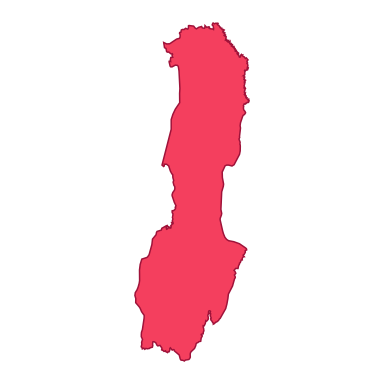 the district of Batheay, Kâmpóng Cham, Cambodia
{"feature_id": "14789045B52363017269131", "entity_name": "Batheay", "entity_type": "district", "adm_level": 2, "iso_a3": "KHM", "parent_name": "Cambodia", "parent_adm1": "Kâmpóng Cham", "projection": "equal_earth", "projection_center": [104.945, 12.037], "detail": "fine", "context": "isolated", "style": "filled", "palette": "rose", "viewbox_px": 384, "rotation_deg": 0, "n_neighbors": 0, "source": "geoboundaries", "source_scale": "gbopen_adm2", "svg_char_len": 5916}
<svg xmlns="http://www.w3.org/2000/svg" viewBox="0 0 384 384"><path d="M248.0,59.9L246.3,57.9L245.4,58.5L244.3,56.9L243.1,56.5L242.6,55.5L242.7,54.9L241.9,55.1L241.4,54.4L240.6,55.3L240.7,56.3L240.1,57.1L239.4,57.1L238.4,54.3L237.8,54.6L237.1,53.7L237.1,53.2L238.3,52.9L237.3,52.1L236.6,51.1L235.8,51.4L235.2,51.0L236.0,50.1L235.0,49.6L235.1,48.7L234.4,48.8L234.0,48.1L234.3,47.3L233.8,46.3L233.4,46.4L233.1,47.1L231.4,46.0L231.9,45.3L232.1,45.6L232.4,44.6L231.8,44.5L231.4,45.0L231.2,44.5L231.6,44.1L231.3,43.7L230.8,44.4L230.5,44.3L230.0,43.2L230.0,42.0L229.5,42.8L229.0,41.3L228.7,42.1L227.9,42.0L227.7,41.6L228.0,40.6L226.6,40.9L226.5,40.6L226.9,39.8L226.7,39.5L225.5,40.0L226.2,36.8L225.5,36.4L225.5,35.0L225.0,35.0L224.5,35.7L224.1,35.4L224.8,34.6L224.9,34.1L224.3,33.7L224.7,32.8L223.5,32.7L223.6,31.4L222.9,31.6L223.1,31.0L224.2,30.0L223.5,29.5L222.2,29.6L221.9,28.4L221.3,28.6L220.6,27.4L220.2,27.6L218.9,25.5L217.4,24.6L218.1,23.4L217.8,23.2L215.4,23.3L214.3,23.8L213.1,23.0L212.7,23.6L212.2,24.6L212.3,25.2L213.1,25.7L213.6,28.4L213.5,29.5L212.4,28.9L210.9,28.9L209.9,28.3L209.5,28.5L209.1,28.1L209.3,27.0L208.9,26.8L206.6,27.3L205.0,25.6L204.8,27.9L204.4,28.3L202.3,27.9L201.6,26.5L198.7,27.3L196.5,28.8L195.4,28.3L193.6,26.1L189.0,25.5L188.5,25.7L188.4,27.9L188.0,28.9L187.5,29.1L185.6,28.3L184.1,29.5L182.3,29.5L181.3,30.0L180.9,32.2L179.7,32.5L179.5,33.3L180.0,34.3L180.2,35.8L180.0,37.3L179.5,38.3L176.6,39.1L169.6,43.8L166.6,43.9L163.7,42.5L164.5,47.7L166.0,48.5L166.6,51.6L167.3,52.1L168.8,52.1L170.9,53.8L171.5,54.0L172.2,53.7L172.6,54.3L172.1,55.6L172.7,57.3L170.8,57.5L170.4,59.4L170.6,61.5L169.7,61.1L169.2,61.2L169.1,61.8L170.1,66.1L170.6,66.8L172.0,66.9L175.4,65.1L177.5,65.4L178.3,66.5L179.0,70.8L179.9,88.6L179.6,93.3L179.7,102.7L175.3,109.2L172.9,114.3L171.2,119.6L171.2,129.3L162.0,165.1L163.6,166.5L164.3,165.9L164.2,164.2L166.7,164.3L168.7,165.9L170.4,171.1L171.9,173.9L172.7,174.6L172.9,177.7L173.7,180.5L173.1,182.1L173.9,185.3L174.7,186.5L174.9,188.2L174.5,190.1L172.8,192.5L172.1,194.6L172.1,195.7L174.3,202.3L176.0,205.8L175.2,207.3L175.7,207.9L174.9,209.5L173.4,210.7L172.2,210.7L172.1,211.2L172.2,212.7L172.9,213.7L172.9,215.0L172.4,217.6L172.8,218.5L172.8,219.5L172.4,220.3L172.3,222.0L172.8,222.1L172.8,222.8L173.1,223.0L173.1,223.4L171.8,223.0L172.3,224.1L170.8,225.7L170.8,226.0L171.1,226.2L170.9,227.9L170.1,228.2L169.8,228.0L170.0,227.6L168.6,226.7L168.1,227.2L168.4,227.5L168.2,228.0L167.6,228.8L166.6,229.2L166.1,227.1L167.4,226.3L167.3,225.5L166.4,225.7L161.8,228.3L161.3,230.1L157.1,231.4L156.5,232.4L156.1,234.7L152.5,239.1L151.9,244.5L149.1,254.7L147.6,256.9L146.8,257.5L141.8,259.1L140.2,264.4L139.5,270.0L139.6,280.6L139.2,283.3L138.1,287.2L137.0,289.9L135.3,292.6L134.9,295.5L135.8,298.6L135.7,302.7L139.2,306.8L140.1,308.2L141.6,311.7L144.2,315.4L144.1,318.1L142.4,329.6L141.5,332.2L141.3,334.5L141.3,336.7L142.5,339.3L141.6,342.4L141.8,344.3L141.2,346.8L142.0,347.6L142.3,348.9L143.8,348.2L144.8,349.3L145.9,348.4L147.3,348.8L149.6,348.4L150.1,347.8L152.4,347.2L152.8,345.4L152.6,344.3L152.8,342.2L153.0,341.7L154.3,341.8L155.8,342.8L156.9,345.1L157.8,345.9L160.0,345.4L161.8,347.9L161.9,348.9L161.6,349.8L162.0,350.1L162.3,349.8L164.0,351.4L165.4,350.9L165.3,351.4L167.6,352.6L168.3,351.6L169.0,351.8L169.4,351.2L169.8,350.0L169.8,348.4L170.4,347.8L172.2,350.1L173.3,349.6L174.0,349.7L174.4,350.9L179.2,355.0L180.3,359.1L181.0,360.1L182.8,360.3L184.4,361.0L185.3,360.1L188.8,359.5L189.6,358.7L190.3,357.2L190.2,354.1L190.4,353.0L191.1,351.7L194.5,348.5L195.7,345.8L196.1,343.8L196.9,342.9L197.9,342.6L198.8,341.7L200.7,341.3L201.2,338.0L202.2,336.2L202.2,335.7L201.2,334.8L201.3,334.3L203.2,333.8L203.3,332.2L203.9,330.8L203.6,328.3L203.2,327.2L203.2,325.7L204.1,325.9L204.4,325.6L204.6,324.6L205.2,323.9L205.8,321.0L206.1,321.4L207.0,320.8L208.2,319.3L208.3,317.6L207.8,315.2L208.4,314.1L208.6,311.3L208.9,310.9L209.6,310.7L210.5,311.3L209.9,313.4L210.6,313.6L210.5,315.0L210.2,315.0L210.3,316.0L211.2,318.0L210.6,318.7L211.1,320.3L211.7,320.8L212.9,322.9L213.5,323.2L213.4,324.1L214.4,323.6L215.8,322.1L216.6,322.0L218.5,320.5L219.5,318.8L220.1,318.5L225.7,308.6L226.9,304.0L227.9,298.5L228.4,294.1L232.5,286.1L234.6,278.6L235.2,277.9L235.3,277.0L234.4,275.0L235.8,273.4L235.7,273.0L234.9,271.3L234.0,270.4L235.7,268.4L238.0,268.5L238.6,265.6L239.4,264.3L239.5,263.1L240.3,262.6L241.2,260.0L242.3,259.9L242.2,258.6L242.5,257.8L243.3,256.8L244.2,256.7L243.2,255.5L243.3,254.9L244.2,254.3L245.3,252.3L245.2,250.7L246.7,249.9L246.4,248.7L245.5,247.9L239.4,243.7L233.8,241.7L228.6,240.7L226.7,239.5L224.9,237.3L223.5,233.9L222.7,231.2L220.1,219.7L220.2,218.3L221.4,215.1L221.7,213.4L220.9,209.4L221.7,191.8L223.3,186.4L223.6,184.1L222.4,177.7L222.2,172.1L225.1,165.8L226.6,165.1L228.6,165.1L232.0,166.0L234.1,164.7L239.5,154.4L240.2,150.9L240.3,146.5L240.2,144.8L239.9,144.4L240.1,142.2L239.0,139.1L239.7,137.3L239.5,136.5L240.5,128.0L240.1,125.7L240.5,122.8L242.7,116.2L243.3,115.2L244.5,114.5L245.6,112.8L245.0,111.4L243.7,109.8L243.4,107.9L243.7,106.4L243.3,105.8L244.2,103.9L244.8,104.1L245.5,103.5L245.7,103.8L247.3,102.3L247.9,102.6L248.5,102.3L248.9,101.6L248.7,101.1L249.1,100.7L248.9,100.0L248.2,99.9L248.5,99.1L247.3,99.1L246.5,98.1L246.8,97.7L245.9,97.6L246.2,96.0L245.8,95.5L245.4,95.7L245.3,94.8L244.8,95.0L244.4,94.5L245.1,93.9L245.3,93.1L244.7,93.4L244.3,91.9L244.7,91.3L244.6,90.5L245.0,90.0L244.9,89.3L245.5,88.5L244.8,87.3L244.2,87.8L244.1,87.2L244.5,86.7L244.1,85.8L244.6,84.5L244.5,83.3L244.6,82.8L245.0,82.7L244.8,82.3L244.4,82.3L244.4,81.8L245.0,81.5L244.9,80.8L245.5,80.2L244.9,79.8L244.5,80.0L244.4,79.6L244.0,79.4L244.4,78.6L244.0,77.9L244.7,77.4L244.7,76.9L244.1,76.8L244.1,75.6L243.6,75.6L244.8,74.7L244.8,71.7L245.4,70.9L244.6,70.6L244.8,70.2L246.0,70.4L246.9,69.8L247.2,68.6L247.7,69.4L248.3,67.8L247.4,67.1L247.9,65.8L247.7,64.6L247.0,63.3L247.6,62.9L246.9,61.2L248.0,59.9Z" fill="#f43f5e" stroke="#9f1239" stroke-width="1.5"/></svg>